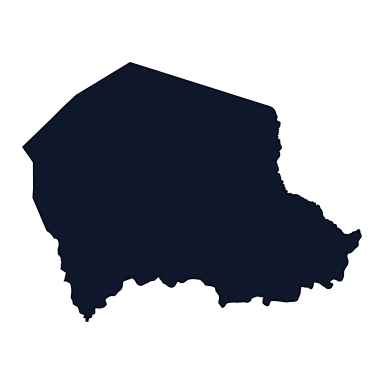 Quimistan, Santa Bárbara, Honduras (Robinson projection)
{"feature_id": "27666195B58138028057911", "entity_name": "Quimistan", "entity_type": "district", "adm_level": 2, "iso_a3": "HND", "parent_name": "Honduras", "parent_adm1": "Santa Bárbara", "projection": "robinson", "projection_center": [-88.275, 15.416], "detail": "fine", "context": "isolated", "style": "filled", "palette": "ink", "viewbox_px": 384, "rotation_deg": 0, "n_neighbors": 0, "source": "geoboundaries", "source_scale": "gbopen_adm2", "svg_char_len": 6029}
<svg xmlns="http://www.w3.org/2000/svg" viewBox="0 0 384 384"><path d="M130.1,62.8L76.4,95.4L63.3,107.6L52.8,118.2L23.0,147.0L33.6,162.1L33.8,187.9L33.2,197.7L46.9,229.9L47.8,231.0L49.9,232.2L51.3,233.6L52.4,234.9L53.0,235.4L54.3,237.9L55.6,237.8L56.2,238.0L57.8,239.0L58.4,239.8L58.8,240.8L59.2,241.8L59.3,242.7L59.3,244.9L59.4,245.5L59.1,246.7L59.1,247.6L58.4,248.5L58.7,249.6L58.2,250.2L58.3,250.7L58.7,251.4L58.7,252.1L58.4,253.3L58.5,253.8L60.3,255.8L61.3,257.4L61.5,258.9L61.4,259.6L62.2,262.2L61.4,265.3L61.9,266.6L61.4,267.4L61.2,268.5L61.5,269.1L66.3,272.0L66.5,272.3L66.6,273.2L64.9,280.3L64.7,280.7L65.8,280.7L66.7,280.9L70.1,282.6L70.8,283.4L71.3,284.8L72.0,289.1L72.1,291.6L71.5,296.4L71.7,298.4L73.1,300.4L73.5,303.6L74.2,304.3L77.4,306.0L78.5,307.0L79.2,309.0L79.8,311.7L80.3,312.6L81.3,313.2L82.7,313.6L83.9,314.3L85.4,315.1L85.7,315.6L85.6,316.1L84.4,316.6L84.1,317.1L84.3,317.4L86.3,317.9L86.8,318.3L86.8,318.9L86.2,319.6L86.0,320.1L86.1,320.5L86.4,320.9L87.0,321.2L87.7,321.2L88.1,319.2L88.7,318.1L89.8,317.1L90.6,317.3L91.3,317.0L91.5,316.4L91.5,315.0L91.7,314.3L92.6,313.9L93.8,313.7L94.4,313.3L94.6,311.9L94.5,308.7L94.9,307.8L95.4,307.5L96.0,307.4L98.6,307.8L101.1,307.7L103.6,306.8L105.2,305.6L105.9,304.7L106.1,304.0L105.8,303.2L104.8,301.0L104.7,300.1L105.0,299.2L105.7,298.3L107.3,297.0L109.5,295.8L111.4,295.3L113.8,295.4L114.5,295.3L115.0,295.0L118.0,291.4L120.5,289.5L121.4,288.3L121.8,287.3L122.0,286.4L122.4,283.7L122.3,282.2L122.9,281.2L123.7,280.6L130.0,278.3L131.7,277.6L132.8,277.8L134.4,279.0L135.3,280.1L137.3,283.4L138.2,284.3L139.4,284.9L140.9,285.1L142.7,284.6L146.0,282.8L148.2,282.0L148.9,281.3L149.4,281.0L151.8,280.4L154.2,280.0L157.1,277.3L158.6,276.4L159.4,276.1L159.6,276.3L159.9,276.8L160.1,278.6L162.0,280.4L163.4,282.7L166.6,284.3L167.8,285.5L169.2,286.4L170.3,286.8L171.5,287.0L172.8,286.7L174.2,286.0L176.5,282.2L177.2,281.4L178.2,280.8L178.7,280.8L179.3,281.5L180.6,282.2L182.0,282.5L182.8,282.4L184.0,281.8L185.5,280.8L186.8,279.7L189.3,278.7L191.8,278.4L194.5,278.4L200.2,279.1L200.9,279.5L202.0,280.7L203.9,282.2L205.6,284.8L210.7,285.4L214.2,286.5L214.9,286.8L215.3,287.1L215.7,288.1L216.0,289.8L216.2,290.7L219.0,294.6L219.6,296.0L219.8,298.8L219.0,302.1L219.1,302.7L219.6,303.6L220.7,305.0L221.6,306.5L222.2,307.0L222.7,307.1L223.2,307.0L223.8,306.5L224.5,305.6L226.0,303.3L226.7,302.7L230.2,302.0L234.2,301.7L236.7,302.1L239.6,301.7L241.7,301.7L243.7,301.5L246.6,302.0L247.8,302.0L248.9,301.5L250.3,300.4L250.8,299.6L251.0,298.5L251.5,297.9L255.9,296.1L257.0,295.9L258.9,295.9L261.1,296.5L263.1,296.5L263.8,296.9L264.2,297.6L263.7,298.7L263.3,300.0L263.2,303.0L265.1,304.6L266.3,305.3L267.2,305.6L267.9,305.4L268.5,304.9L269.0,304.1L269.4,302.6L270.1,301.1L270.5,300.6L271.4,300.2L274.6,300.4L276.5,300.4L286.5,301.7L287.4,301.7L289.4,301.2L291.9,301.3L295.6,300.8L296.6,300.4L297.2,299.8L299.2,295.2L299.7,293.6L300.0,292.0L300.6,286.8L300.8,286.4L301.2,286.2L301.7,286.1L304.5,286.7L307.1,287.0L308.5,286.9L309.5,287.4L310.3,288.4L311.3,288.5L311.9,287.9L312.7,286.2L312.9,285.5L313.2,283.1L313.5,282.3L314.0,281.9L315.1,281.8L317.4,282.2L319.6,282.8L320.4,283.3L322.3,285.0L324.8,286.4L326.9,288.0L327.4,288.2L329.2,288.4L330.2,288.0L331.4,287.0L332.5,284.9L332.6,284.3L332.4,283.9L331.9,283.7L330.3,283.5L329.8,283.1L329.5,282.5L329.6,281.8L329.9,281.1L330.6,280.3L331.7,279.5L333.0,278.8L334.1,278.7L336.2,279.3L338.7,280.7L339.8,280.8L341.0,280.6L342.0,279.7L343.0,277.2L343.3,275.8L343.4,273.6L343.5,273.3L343.1,272.4L343.3,271.6L344.7,268.4L347.0,264.9L347.5,263.9L347.7,262.8L347.8,261.1L346.7,257.3L346.5,255.4L347.6,253.4L348.4,252.9L350.5,252.3L351.7,251.6L353.7,249.5L354.2,248.7L356.7,246.8L357.8,245.5L358.0,245.0L358.1,244.1L357.7,242.8L357.9,241.3L359.2,239.1L360.8,236.9L361.0,236.5L360.7,234.9L359.8,232.8L359.5,230.2L358.8,229.9L358.5,230.1L357.8,230.1L357.6,230.3L357.9,231.1L356.9,231.1L354.6,232.1L353.1,232.2L351.7,233.6L349.9,234.1L349.6,234.2L349.3,234.8L348.7,235.1L347.1,234.8L346.0,234.5L345.3,234.7L344.8,234.4L343.6,234.4L343.0,233.3L341.7,231.9L340.4,229.7L339.3,229.6L338.5,228.5L337.1,228.2L336.7,227.9L336.4,227.2L336.1,225.4L335.5,224.7L335.1,224.8L334.9,225.4L334.6,225.5L333.3,224.1L331.9,221.9L329.8,221.5L327.5,219.8L326.8,219.7L325.7,220.4L324.8,220.0L324.6,219.6L324.7,218.4L323.0,216.7L322.6,215.9L322.4,214.8L322.3,212.6L321.8,211.8L321.5,210.6L319.9,208.6L319.0,206.0L318.6,205.5L317.7,205.4L317.1,205.8L316.6,206.5L316.2,206.5L315.5,205.6L315.5,204.2L315.3,203.6L315.1,203.4L314.7,203.3L313.9,203.4L313.4,203.2L312.8,202.2L312.5,202.1L310.9,202.6L310.5,202.5L309.8,201.8L308.4,202.1L307.1,200.4L305.0,199.6L301.7,197.6L299.7,196.7L298.6,195.5L297.6,195.4L296.2,194.7L294.7,195.0L293.9,195.0L291.0,194.2L290.2,193.6L288.6,193.9L287.5,193.8L286.5,193.1L286.4,192.7L286.9,191.8L287.0,191.2L286.2,190.6L285.4,190.8L285.0,190.8L285.3,190.2L284.7,189.7L284.9,188.6L284.8,188.0L284.5,187.7L284.1,187.9L283.8,187.9L283.5,187.1L284.0,185.7L284.0,185.4L283.3,184.6L282.3,183.9L282.1,183.6L282.1,182.9L282.8,182.0L282.9,181.6L281.3,180.7L280.5,179.7L280.4,178.1L279.7,175.3L279.1,174.0L278.6,173.6L277.3,173.7L276.7,173.5L276.5,173.2L276.7,172.1L278.1,170.5L278.2,170.0L278.3,169.4L278.0,168.6L278.0,167.5L277.1,166.4L277.1,165.6L276.6,164.3L276.7,163.4L275.9,162.9L275.7,162.6L275.7,162.2L277.6,158.1L278.7,157.2L279.4,155.5L279.5,154.6L279.4,153.4L278.7,151.5L278.6,151.1L279.5,149.8L280.9,148.6L281.1,147.5L281.1,146.7L279.8,144.5L279.7,142.8L278.9,141.9L279.1,141.5L279.7,141.2L279.7,140.9L279.2,140.5L278.8,139.5L277.6,139.3L276.8,138.7L276.8,138.3L277.6,136.8L277.4,136.3L276.6,136.0L276.3,135.6L276.5,135.2L277.5,134.5L278.0,133.9L278.0,133.5L277.6,132.3L278.2,131.8L278.3,131.4L277.6,130.4L277.5,129.8L278.4,129.3L277.7,128.6L277.7,128.3L277.9,127.7L279.2,126.8L279.6,126.3L279.6,124.4L279.9,122.8L279.5,122.2L278.3,121.9L277.2,121.4L276.8,120.8L276.1,120.2L276.0,119.5L276.9,117.6L276.8,116.5L275.7,114.3L275.3,112.4L274.6,110.7L272.2,108.0L269.7,106.9L130.1,62.8Z" fill="#0f172a" stroke="#020617" stroke-width="1.5"/></svg>